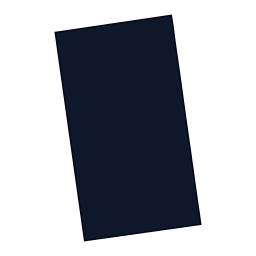 the district of Sedgwick, Colorado, United States of America, rotated 82°
{"feature_id": "52423323B40311504690306", "entity_name": "Sedgwick", "entity_type": "district", "adm_level": 2, "iso_a3": "USA", "parent_name": "United States of America", "parent_adm1": "Colorado", "projection": "mercator", "projection_center": [-102.342, 40.876], "detail": "fine", "context": "isolated", "style": "filled", "palette": "ink", "viewbox_px": 256, "rotation_deg": 82, "n_neighbors": 0, "source": "geoboundaries", "source_scale": "gbopen_adm2", "svg_char_len": 459}
<svg xmlns="http://www.w3.org/2000/svg" viewBox="0 0 256 256"><g transform="rotate(82 128 128)"><path d="M233.5,186.6L233.4,69.4L226.7,69.4L207.7,69.5L184.5,69.5L178.1,69.4L177.1,69.4L170.2,69.5L157.6,69.4L156.1,69.5L149.4,69.5L149.0,69.5L148.9,69.5L123.9,69.5L118.5,69.5L87.1,69.4L86.6,69.4L80.5,69.4L56.4,69.5L53.1,69.5L49.8,69.5L49.7,69.5L48.7,69.5L33.9,69.3L22.5,69.5L23.3,186.7L233.5,186.6Z" fill="#0f172a" stroke="#020617" stroke-width="1.5"/></g></svg>